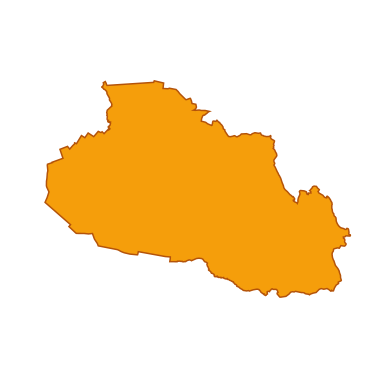 the district of Cernat, Covasna, Romania, rotated 168°
{"feature_id": "2599482B32737313813791", "entity_name": "Cernat", "entity_type": "district", "adm_level": 2, "iso_a3": "ROU", "parent_name": "Romania", "parent_adm1": "Covasna", "projection": "albers", "projection_center": [25.982, 45.977], "detail": "fine", "context": "isolated", "style": "filled", "palette": "amber", "viewbox_px": 384, "rotation_deg": 168, "n_neighbors": 0, "source": "geoboundaries", "source_scale": "gbopen_adm2", "svg_char_len": 5912}
<svg xmlns="http://www.w3.org/2000/svg" viewBox="0 0 384 384"><g transform="rotate(168 192 192)"><path d="M86.1,170.8L86.9,170.0L86.7,168.4L86.9,167.4L87.4,166.5L89.2,164.1L90.1,162.0L90.3,160.6L91.4,158.9L91.8,159.8L93.0,160.5L94.6,162.1L94.7,162.8L94.5,163.1L93.4,162.9L93.0,164.1L93.9,166.3L94.1,166.5L94.5,166.3L96.1,168.5L96.7,169.0L98.7,172.6L100.5,175.0L101.3,177.1L101.3,179.3L101.9,182.4L102.4,187.1L103.2,190.0L103.6,190.8L103.9,192.6L104.4,194.0L105.5,199.1L106.2,200.8L106.2,201.4L105.2,202.5L105.1,203.0L105.5,204.3L105.5,205.4L105.3,206.1L104.7,206.8L101.8,209.4L101.4,210.2L101.4,212.4L101.8,213.0L102.4,215.9L103.5,217.8L102.9,218.2L102.8,219.7L102.2,220.3L102.2,221.2L102.4,221.7L102.2,222.2L101.5,223.1L100.7,224.7L101.1,225.4L103.4,227.4L103.9,228.8L103.2,230.3L103.5,230.8L104.9,230.3L107.6,230.7L110.4,232.0L110.6,232.4L112.0,233.1L112.6,234.3L112.6,235.2L112.8,235.5L114.8,235.6L118.1,236.9L121.0,236.5L122.4,235.7L123.6,236.0L126.5,237.7L131.7,238.5L133.1,237.5L136.4,236.6L137.2,236.9L138.3,238.0L138.9,238.3L140.6,238.1L142.9,238.1L144.6,238.7L145.2,239.7L147.0,244.3L147.2,245.1L147.0,245.7L147.0,246.1L148.2,247.2L148.2,249.4L149.0,251.4L150.3,253.3L150.5,254.3L150.8,254.5L151.2,254.5L152.7,257.0L153.9,256.1L156.0,256.9L156.7,256.9L157.3,256.1L157.7,254.7L158.3,253.9L158.5,253.2L159.0,253.0L162.6,255.5L164.1,257.3L167.0,258.8L168.1,259.2L168.2,259.4L167.8,260.5L167.1,262.2L165.5,264.4L164.9,264.7L163.6,264.6L162.8,265.2L161.6,265.6L159.2,267.0L158.2,267.2L162.2,269.0L165.9,269.8L167.9,270.7L171.9,271.2L173.4,271.7L172.5,271.9L170.9,272.9L170.0,274.1L170.0,277.0L173.6,278.6L173.6,281.3L174.1,283.9L174.8,284.0L178.0,283.5L178.9,283.7L183.6,290.8L184.7,293.2L186.3,295.6L192.5,298.2L194.1,298.0L198.8,299.3L197.1,304.5L205.8,308.6L206.7,307.2L252.9,313.9L253.2,314.6L253.4,316.4L253.9,318.1L256.1,317.3L255.9,315.9L257.3,314.0L258.4,313.5L258.4,313.2L257.6,312.4L256.8,310.8L256.4,310.7L255.6,309.8L254.9,308.7L254.5,307.3L254.7,305.9L254.5,305.0L253.9,303.3L253.8,302.4L253.4,302.0L253.2,300.9L253.6,299.2L252.3,295.7L252.2,293.9L252.6,293.6L252.6,292.8L252.7,292.5L253.6,292.2L257.9,289.6L259.0,287.2L258.7,285.9L259.4,284.8L259.0,283.9L259.9,280.9L259.7,280.0L258.9,279.5L259.2,279.2L259.2,278.9L259.6,278.9L259.7,278.6L259.6,278.1L258.7,277.4L258.2,277.3L258.1,277.8L257.1,277.3L257.6,276.5L257.5,275.8L257.9,275.5L258.0,274.7L259.0,273.9L260.1,273.5L260.4,273.1L259.7,272.6L260.2,272.0L259.7,271.3L259.2,271.1L259.3,270.7L259.9,270.3L261.1,270.0L261.2,270.5L265.9,267.4L267.4,269.6L268.4,269.1L269.1,269.3L271.1,270.8L276.6,266.6L281.3,271.3L285.5,267.4L288.4,270.2L294.9,263.3L296.6,264.5L296.7,264.4L296.8,263.5L299.0,262.2L302.7,259.4L304.3,262.5L312.3,261.2L311.2,251.8L322.6,250.2L322.5,249.8L327.6,249.2L328.0,248.2L328.6,242.8L329.6,240.5L331.1,235.4L332.1,232.8L333.1,228.4L333.1,227.2L331.9,221.8L334.9,216.6L337.9,212.4L317.6,185.3L319.6,183.8L314.1,175.9L313.5,175.5L305.9,173.8L301.9,172.5L298.0,172.1L297.2,166.2L295.3,161.3L294.9,158.8L277.1,151.2L276.0,150.5L273.6,148.4L271.0,146.7L265.7,144.2L258.5,141.9L258.3,141.9L258.0,142.4L256.9,144.8L231.5,134.4L226.7,133.0L227.1,131.4L228.2,128.5L221.0,126.9L220.7,127.3L218.2,126.9L217.1,126.3L216.1,126.3L215.6,125.7L214.3,125.4L213.3,125.5L212.7,125.2L211.5,125.8L208.9,126.2L207.2,125.4L206.9,124.9L201.4,126.0L199.0,125.8L196.4,124.9L195.1,123.7L195.0,123.1L194.1,121.2L192.7,120.4L192.5,120.0L191.7,119.2L192.5,117.9L192.3,117.0L192.4,116.5L191.9,115.4L191.8,114.4L191.4,113.0L191.4,112.7L192.0,112.4L192.0,112.1L190.3,110.3L190.1,109.1L189.8,108.5L189.1,108.3L187.6,106.8L187.4,106.0L187.8,105.4L187.1,104.3L184.9,104.4L184.9,103.6L184.3,103.7L183.7,102.9L181.4,102.5L181.4,101.9L178.9,101.8L178.9,101.4L178.7,100.9L176.9,99.9L176.2,99.7L175.8,100.1L175.6,100.1L175.4,99.4L175.2,99.0L174.3,98.8L173.6,97.9L172.2,97.0L171.8,96.5L170.2,95.5L170.4,94.8L169.4,93.8L169.2,92.9L168.0,92.1L167.6,91.2L167.7,90.4L166.2,89.5L164.7,87.5L163.2,86.3L162.3,85.1L159.2,83.9L157.2,83.8L156.5,83.2L152.5,83.6L149.3,83.5L147.8,83.2L146.7,82.6L146.6,82.0L146.2,81.8L145.4,79.7L143.8,77.8L142.7,77.3L143.0,76.8L141.7,75.5L141.0,75.6L140.5,76.1L139.4,76.6L139.5,77.1L139.3,77.6L139.4,78.5L139.2,78.8L138.1,79.0L136.9,78.4L136.1,79.4L135.1,79.9L134.5,80.5L133.6,80.6L133.0,79.9L130.0,79.3L129.4,78.8L129.0,77.7L128.7,75.9L129.8,75.4L129.9,74.6L128.0,71.0L127.1,70.7L121.8,70.4L118.3,72.0L116.3,73.5L114.5,73.6L112.9,73.0L111.4,73.3L105.9,70.9L104.3,70.5L102.9,69.8L102.6,69.2L101.8,68.7L99.4,67.8L98.4,67.0L97.5,67.5L94.5,67.9L91.5,67.9L87.9,70.3L85.8,70.7L83.3,69.5L80.0,69.5L78.4,68.1L76.9,66.2L76.6,66.1L75.9,66.8L75.1,66.0L74.2,65.9L72.6,68.5L70.3,71.0L67.7,72.0L67.8,73.0L67.7,73.4L64.6,74.2L64.3,74.6L64.5,77.2L64.1,79.7L64.5,82.3L64.5,84.2L65.2,86.7L67.0,90.4L67.5,95.1L67.9,96.4L68.2,98.7L68.0,101.4L67.9,102.2L67.4,103.4L66.0,104.9L65.5,106.4L64.9,106.9L61.3,107.1L59.6,106.4L57.5,108.6L54.3,107.4L53.1,107.7L52.1,109.0L52.2,109.7L52.9,110.6L53.0,111.0L53.1,111.7L52.5,113.2L52.5,114.2L53.0,114.9L53.4,115.1L53.3,116.5L52.0,116.3L50.5,117.1L46.8,116.1L46.3,116.2L46.1,116.6L46.1,117.2L47.2,117.9L47.4,118.4L46.8,120.0L46.7,123.0L46.8,123.4L47.3,123.9L48.1,124.2L49.0,123.4L50.1,123.6L51.1,124.6L53.2,125.7L54.1,126.3L55.3,127.9L56.1,129.6L56.6,131.3L56.9,132.9L56.9,134.6L56.7,135.2L56.6,136.9L57.0,137.9L57.8,138.9L58.0,139.8L57.9,141.4L58.4,142.1L58.7,143.3L58.5,146.2L58.7,146.5L58.6,147.3L58.2,149.0L58.1,149.8L57.6,150.4L57.4,151.9L57.4,152.8L57.9,153.9L58.2,155.5L59.1,157.8L60.1,159.3L60.7,159.8L61.2,159.5L61.3,158.6L61.5,158.3L62.8,158.8L63.6,159.5L64.7,161.6L68.1,164.7L68.6,166.4L67.8,166.8L67.0,167.9L68.3,169.6L69.1,171.6L71.4,172.4L73.0,172.0L73.5,171.2L75.9,169.4L76.2,168.9L76.6,168.8L75.7,167.6L76.0,166.8L75.9,166.4L77.8,166.6L78.4,166.8L78.8,165.4L79.7,165.7L79.9,166.0L80.2,167.7L80.1,168.4L80.4,168.7L82.1,169.8L85.5,170.9L86.1,170.8Z" fill="#f59e0b" stroke="#b45309" stroke-width="1.5"/></g></svg>